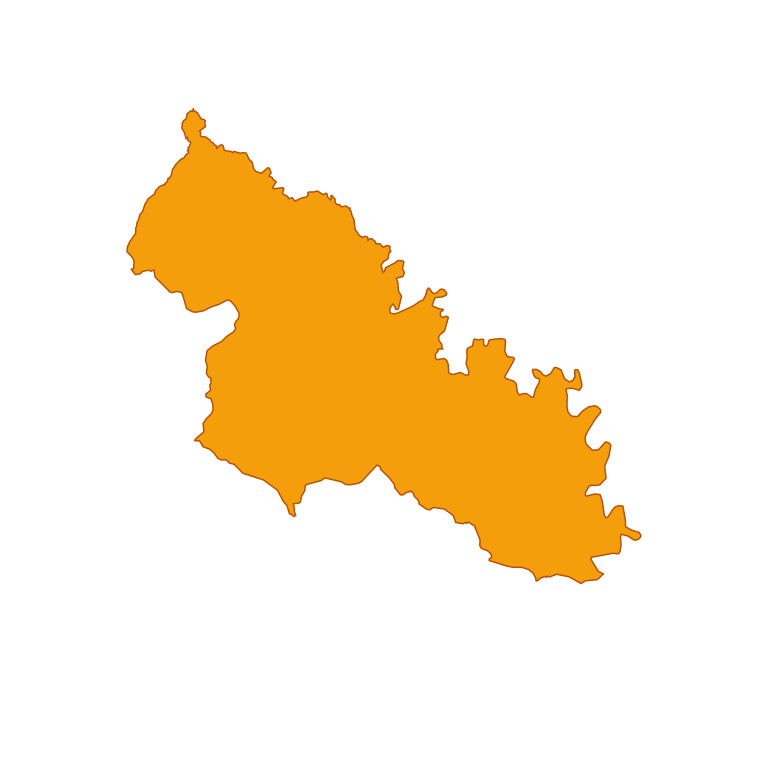 outline of Chililabombwe, Copperbelt, Zambia, rotated 207°
{"feature_id": "96606910B40420728980339", "entity_name": "Chililabombwe", "entity_type": "district", "adm_level": 2, "iso_a3": "ZMB", "parent_name": "Zambia", "parent_adm1": "Copperbelt", "projection": "robinson", "projection_center": [27.886, -12.358], "detail": "fine", "context": "isolated", "style": "filled", "palette": "amber", "viewbox_px": 768, "rotation_deg": 207, "n_neighbors": 0, "source": "geoboundaries", "source_scale": "gbopen_adm2", "svg_char_len": 6160}
<svg xmlns="http://www.w3.org/2000/svg" viewBox="0 0 768 768"><g transform="rotate(207 384 384)"><path d="M661.2,371.5L656.1,368.8L654.7,368.8L651.1,371.8L650.2,374.9L645.4,378.4L642.7,378.8L640.7,381.1L636.5,375.4L616.5,368.8L614.3,369.2L610.7,372.4L606.1,373.6L603.9,372.1L594.2,361.6L587.4,361.4L584.0,362.7L578.2,367.1L572.7,374.6L567.1,380.2L561.6,388.0L558.3,388.3L551.5,385.5L545.4,381.3L544.0,378.9L543.4,375.9L544.3,373.3L544.3,369.2L541.2,365.8L541.8,361.9L545.5,355.4L548.2,347.8L553.9,340.1L556.7,333.4L553.9,324.1L549.5,319.6L547.1,312.8L543.3,310.5L541.3,310.9L538.5,306.2L538.8,304.0L535.7,299.5L538.1,294.3L537.5,292.8L536.5,291.7L531.5,292.3L527.3,288.2L524.6,283.2L524.3,279.3L526.6,272.2L527.2,266.6L522.8,259.7L527.0,249.5L527.0,247.7L522.3,249.5L516.7,245.9L509.9,246.8L504.3,245.4L498.2,242.3L494.6,242.5L489.9,244.8L486.0,243.3L481.0,244.4L469.1,240.4L448.0,243.8L434.4,241.7L430.5,240.9L420.4,233.7L415.3,231.7L409.3,225.5L406.6,225.7L404.3,224.9L403.0,226.8L406.1,229.8L407.1,232.2L410.4,236.2L405.7,239.3L404.9,241.0L406.6,246.4L406.2,252.7L407.9,257.7L407.2,259.4L396.1,269.5L394.1,273.5L377.2,277.6L372.3,277.1L367.9,279.2L361.9,283.8L359.7,286.8L353.5,308.5L349.7,308.5L348.5,306.5L337.7,303.2L329.4,299.4L327.4,296.5L319.0,292.7L316.4,294.1L315.4,296.7L311.5,300.7L308.4,300.0L305.5,297.4L301.2,296.3L298.1,293.0L289.6,291.8L286.1,292.6L284.0,296.4L273.5,300.0L262.6,298.3L257.3,293.2L250.4,295.2L248.2,297.9L247.3,297.3L246.0,299.2L239.0,298.7L227.6,288.6L225.3,283.6L222.7,281.7L215.8,282.4L212.6,281.6L209.7,279.2L209.7,277.2L210.8,276.1L210.1,274.4L192.2,277.5L186.0,279.2L178.0,283.2L170.8,284.3L165.0,283.1L160.5,279.7L159.0,277.6L157.8,278.6L156.3,282.3L152.9,285.7L151.3,285.6L150.9,287.1L148.7,287.4L143.9,292.8L131.6,296.2L117.9,295.7L114.9,300.3L105.7,306.1L104.3,308.3L102.6,314.0L101.7,314.4L108.1,314.4L119.2,321.3L120.3,322.3L120.3,323.9L103.6,336.8L97.9,339.3L97.7,342.2L99.8,348.4L104.0,355.3L104.1,357.9L97.5,359.3L91.4,358.5L88.6,359.2L86.7,361.5L85.8,364.3L86.5,365.8L89.2,367.5L98.2,366.1L104.1,366.6L106.7,371.7L115.7,383.6L119.5,382.2L122.1,379.5L123.1,376.5L124.1,367.2L125.6,365.7L128.1,367.0L136.0,378.3L141.2,383.5L146.2,381.8L153.0,375.8L153.9,376.1L155.2,378.6L154.9,386.0L153.5,387.7L148.7,390.0L145.9,392.3L143.3,400.7L150.1,411.0L150.8,421.8L154.1,432.4L156.3,433.5L159.1,433.4L160.5,432.5L162.9,423.1L168.1,419.5L176.6,422.2L180.0,426.4L180.8,428.8L181.1,433.7L179.8,448.8L178.0,457.2L179.7,459.5L183.6,460.6L186.5,460.2L191.3,456.5L194.8,450.2L196.7,443.0L201.3,440.7L204.2,441.1L207.7,442.9L210.8,447.1L215.6,457.0L219.5,462.0L218.7,463.1L214.3,465.7L207.0,467.1L206.7,471.4L207.4,473.3L215.0,482.5L217.8,484.6L219.9,483.7L220.3,482.7L217.1,477.0L217.3,473.1L219.7,470.0L225.5,470.7L232.6,477.0L237.9,476.9L239.7,475.8L240.2,469.0L243.1,464.6L246.1,464.3L250.5,466.1L254.8,466.2L257.9,464.6L257.8,463.2L254.2,459.6L251.9,458.4L248.7,458.9L247.4,458.2L246.5,456.3L246.5,447.7L244.9,440.2L246.3,439.2L252.8,440.2L256.2,438.1L258.4,435.6L261.4,437.1L265.8,443.6L267.7,444.9L270.3,445.4L277.9,444.3L279.8,445.1L279.0,461.8L279.3,465.6L280.5,466.4L286.8,464.4L291.4,468.2L295.2,477.4L296.6,478.7L301.6,476.9L309.7,471.5L310.2,470.2L309.3,466.0L310.6,463.7L313.0,464.1L315.4,468.8L317.3,468.3L319.8,466.1L323.6,465.3L324.1,463.8L322.4,458.3L325.7,453.8L325.7,452.1L322.0,445.3L320.0,439.2L314.2,433.8L312.9,430.5L315.0,429.0L321.2,429.0L326.6,423.9L330.2,423.1L331.7,423.8L335.4,430.3L338.8,433.5L341.8,434.1L348.2,429.5L349.6,430.3L351.8,434.0L350.8,437.7L352.0,439.1L347.6,442.0L349.4,443.3L350.4,445.6L354.7,447.6L356.6,450.5L356.6,452.9L354.2,458.7L356.8,472.4L359.1,472.8L361.8,470.1L363.3,469.9L364.7,470.4L365.9,472.7L366.1,474.2L364.8,476.5L365.4,477.4L368.5,476.1L375.8,475.5L376.9,476.3L377.7,484.1L371.6,488.1L368.9,491.3L369.2,493.3L372.7,495.1L374.7,495.1L376.8,494.0L378.2,489.6L380.4,487.2L382.7,487.4L387.1,489.8L388.1,489.5L388.4,487.9L387.1,480.9L387.4,476.4L389.6,473.9L393.7,466.3L404.5,452.9L407.7,450.7L410.6,450.2L411.8,451.2L413.2,454.7L412.4,459.2L411.4,459.1L407.4,455.9L405.7,456.5L405.3,457.8L408.2,470.1L413.3,473.4L417.7,480.7L421.0,483.7L415.9,488.5L416.4,492.4L420.0,495.4L421.7,501.8L423.2,502.1L426.4,501.0L427.7,500.3L429.3,496.8L435.4,488.3L434.7,484.3L435.5,483.0L440.6,488.5L439.9,492.9L437.5,496.9L437.4,498.4L439.0,502.3L438.1,505.3L440.1,506.6L441.1,509.4L444.7,508.5L446.8,505.4L451.5,507.1L454.7,505.2L456.2,506.8L460.8,507.9L462.8,506.5L463.5,504.8L465.1,507.2L466.1,507.4L468.0,506.9L469.8,504.9L473.5,505.2L479.9,508.6L485.5,517.0L488.5,519.1L492.4,523.5L493.7,523.5L494.1,525.3L495.5,524.7L498.6,525.4L502.5,522.4L505.1,523.7L507.0,522.4L510.0,523.6L511.6,526.5L516.2,528.2L516.7,527.2L515.0,525.3L515.2,523.7L519.1,525.0L521.1,527.6L522.2,527.7L524.2,525.1L531.0,525.7L533.8,523.2L538.1,520.9L538.7,520.0L537.4,517.6L538.1,515.3L541.3,512.9L546.4,506.6L550.5,508.2L552.8,506.0L555.4,507.5L560.1,507.3L561.4,508.6L561.7,512.3L563.3,513.0L571.1,507.7L572.5,508.7L571.8,515.1L576.0,516.1L577.3,517.2L580.8,517.0L580.6,521.1L584.2,524.3L585.5,524.0L586.3,522.7L588.8,516.2L594.3,515.2L597.7,516.4L602.1,521.7L606.2,522.9L611.6,527.2L614.9,526.0L616.7,524.4L623.5,523.0L624.0,521.2L625.7,521.8L631.0,519.9L632.6,520.0L635.9,523.5L637.5,523.3L638.9,521.5L640.1,518.1L641.8,520.2L643.7,520.1L645.7,521.3L648.1,521.0L650.0,522.4L655.2,523.1L659.0,521.4L660.4,522.2L661.6,525.0L663.3,525.5L659.9,532.3L662.1,535.0L662.7,537.4L664.9,537.9L667.1,537.1L673.6,541.0L677.8,541.4L679.2,543.1L678.1,540.2L680.1,539.8L682.1,535.6L680.7,530.3L682.2,527.3L682.0,523.9L681.1,523.0L680.5,520.4L675.7,517.2L671.8,512.7L671.0,514.4L669.3,512.0L665.8,511.5L665.3,507.3L665.8,505.2L664.6,504.4L665.0,502.6L663.9,502.5L663.1,501.1L664.5,498.7L665.0,494.0L666.9,492.5L669.1,485.2L669.8,479.1L668.3,473.2L668.9,469.6L669.7,469.3L669.0,465.7L670.2,463.3L669.8,461.6L671.1,461.3L673.8,457.8L675.2,452.6L674.8,449.1L678.5,441.2L678.0,439.1L678.7,436.9L677.5,428.2L678.4,423.8L677.3,419.1L677.3,415.4L676.0,412.5L676.0,410.4L673.7,405.5L675.1,395.5L674.9,390.1L673.1,385.2L665.7,382.6L662.7,380.4L659.5,373.3L661.2,371.5Z" fill="#f59e0b" stroke="#b45309" stroke-width="1.5"/></g></svg>